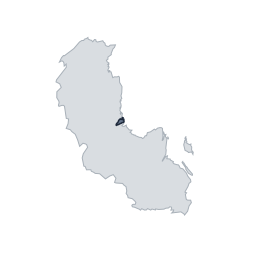 location of Härnösand, Västernorrland, Sweden, rotated 298°
{"feature_id": "70781695B20063345867362", "entity_name": "Härnösand", "entity_type": "district", "adm_level": 2, "iso_a3": "SWE", "parent_name": "Sweden", "parent_adm1": "Västernorrland", "projection": "natural_earth1", "projection_center": [17.682, 62.713], "detail": "fine", "context": "in_parent", "style": "filled", "palette": "slate", "viewbox_px": 256, "rotation_deg": 298, "n_neighbors": 0, "source": "geoboundaries", "source_scale": "gbopen_adm2", "svg_char_len": 4442}
<svg xmlns="http://www.w3.org/2000/svg" viewBox="0 0 256 256"><g transform="rotate(298 128 128)"><path d="M63.1,168.5L63.9,170.2L65.8,170.0L66.6,168.7L67.6,165.0L66.5,160.8L68.2,159.4L69.3,157.1L71.8,156.5L75.3,153.8L75.7,151.1L76.5,149.2L73.8,143.2L73.6,141.7L78.0,140.9L79.9,136.9L77.0,134.4L72.5,132.0L74.3,124.4L72.5,120.3L72.8,118.6L72.6,115.9L73.7,114.8L71.6,111.0L73.9,108.3L73.6,106.9L80.1,101.6L84.3,100.6L92.0,101.4L93.9,99.3L94.0,98.1L93.4,95.4L89.1,93.9L93.9,89.1L97.7,84.4L98.5,79.9L99.4,78.0L98.6,73.6L103.6,73.1L108.1,71.3L107.5,69.0L117.4,61.7L117.7,60.4L117.0,59.1L114.7,56.9L115.4,55.9L118.0,55.3L119.3,54.3L121.3,50.9L126.6,48.2L132.5,50.0L135.0,46.9L134.9,42.8L137.0,42.3L152.7,45.0L155.4,43.4L152.7,42.6L155.3,40.9L156.1,39.9L156.3,38.7L156.2,38.0L154.0,36.5L159.0,36.3L161.7,37.0L161.9,37.9L172.7,42.9L181.2,44.8L183.6,46.2L184.5,47.8L185.9,47.8L187.5,49.3L189.1,50.1L187.8,51.1L187.9,53.4L188.3,54.5L187.6,56.4L190.4,56.9L190.8,58.1L189.4,59.3L189.6,60.7L193.2,64.8L192.3,66.2L192.1,67.8L190.5,69.1L190.3,70.4L190.6,72.0L191.2,72.8L192.8,73.4L195.5,77.9L192.8,78.2L190.8,77.6L186.0,78.1L184.9,78.8L181.2,77.0L179.2,78.0L177.7,77.1L176.6,78.6L176.4,80.6L174.7,80.4L175.3,81.2L173.0,81.4L172.8,81.7L173.3,82.2L172.6,82.8L169.5,83.0L169.1,83.7L170.0,84.5L170.0,85.0L167.9,84.2L169.3,85.7L169.6,86.7L165.3,90.9L166.8,92.0L168.0,94.4L169.3,95.5L168.8,96.6L164.3,99.2L161.7,103.3L156.1,106.0L153.1,106.7L151.1,108.7L148.9,108.1L148.8,109.2L147.4,108.5L146.2,110.2L144.1,111.7L141.8,111.4L141.6,111.7L142.3,112.1L139.7,112.5L138.9,114.0L137.0,114.4L136.7,114.9L138.6,115.0L138.2,116.2L136.0,116.9L135.2,117.7L134.2,117.6L134.4,117.0L132.9,117.1L132.5,116.4L132.2,116.5L133.2,118.6L132.4,119.4L133.8,120.2L129.8,122.2L127.3,121.4L127.0,122.0L127.5,123.7L129.7,125.1L128.4,126.0L126.9,130.0L127.9,132.5L125.1,131.9L125.3,132.8L124.4,133.9L124.7,135.5L124.5,136.5L125.1,137.5L124.7,137.9L125.1,142.4L125.9,144.2L125.6,145.8L126.8,146.6L129.2,146.8L129.9,148.0L133.0,147.3L135.2,149.7L139.4,151.8L139.2,153.2L141.8,154.2L143.4,156.1L144.0,157.6L143.8,158.6L139.7,161.2L136.5,163.0L133.2,164.0L133.3,164.4L134.9,164.6L138.9,163.4L140.1,164.5L137.9,165.0L137.5,166.5L136.6,167.5L127.8,170.9L126.6,172.0L122.6,173.7L115.6,173.6L114.5,173.9L120.6,174.7L122.0,175.9L119.1,176.7L120.4,179.8L119.6,180.5L119.6,183.9L118.5,183.9L118.0,185.3L118.6,188.7L119.1,189.6L118.8,190.6L117.1,192.9L117.7,195.6L115.7,200.6L113.5,203.5L111.8,207.4L110.0,208.8L107.8,207.9L104.5,208.4L98.6,208.3L97.9,208.7L98.3,210.1L96.2,209.9L92.4,212.9L92.2,214.3L93.7,217.2L91.8,219.0L87.8,218.5L82.5,219.7L77.7,218.8L78.4,217.8L78.8,214.1L73.5,206.5L76.1,207.2L77.1,206.8L75.6,204.4L77.8,204.2L78.5,203.3L78.1,201.9L76.4,201.3L74.9,199.0L73.3,197.9L70.5,193.4L69.5,190.4L68.5,190.7L67.7,187.2L66.2,186.6L66.0,183.1L64.3,182.7L63.3,181.1L63.2,178.0L61.3,177.6L61.6,176.2L61.1,170.8L60.5,169.1L61.1,167.9L62.2,167.8L63.1,168.5ZM145.1,185.0L144.2,185.3L143.7,186.3L142.3,186.8L142.1,189.9L143.4,191.1L142.0,191.6L141.1,193.2L138.7,194.3L137.8,195.4L137.3,196.9L135.2,197.7L136.7,195.4L134.7,192.8L135.2,191.9L135.0,188.9L139.3,185.1L141.3,184.6L142.2,185.0L142.6,184.1L143.2,183.9L145.1,185.0ZM117.6,206.5L116.6,207.1L116.2,206.2L116.4,202.6L118.8,198.3L119.8,197.9L122.8,192.2L123.1,191.8L124.1,192.1L123.3,192.7L123.4,193.7L121.5,196.8L121.0,198.8L120.4,199.3L117.6,206.5ZM146.0,183.8L145.8,184.7L144.7,184.0L145.7,183.0L147.9,183.2L146.0,183.8ZM140.9,161.6L139.6,163.0L139.3,162.4L139.6,161.8L140.9,161.6ZM138.0,168.6L137.3,168.6L137.8,167.7L138.7,167.5L138.0,168.6Z" fill="#d9dde1" stroke="#a8b0b8" stroke-width="1"/><path d="M126.7,115.9L125.9,115.9L125.4,116.0L125.0,116.2L124.9,116.5L125.4,116.8L125.9,117.2L125.9,117.4L126.2,117.6L126.5,117.9L127.2,118.4L128.1,119.0L128.6,119.4L129.1,119.9L129.7,120.1L130.0,120.3L130.2,120.6L130.7,121.1L130.9,121.3L131.1,121.5L131.5,121.5L131.8,121.4L132.3,121.2L132.6,120.7L133.0,120.5L133.4,120.4L133.6,120.2L133.8,120.0L133.8,119.8L133.4,119.6L133.2,119.5L133.0,119.4L132.8,119.1L132.9,118.6L132.7,118.3L132.6,118.0L132.3,117.8L132.2,117.5L132.1,117.1L132.3,117.0L132.1,116.8L131.7,116.6L131.4,116.5L131.0,116.4L130.8,116.3L130.4,116.2L129.7,116.3L129.1,116.4L128.5,116.4L128.1,116.4L127.8,116.3L127.4,116.1L127.0,116.1L126.8,116.0L126.7,115.9L126.7,115.9ZM133.7,118.3L133.6,118.6L133.7,118.9L134.2,118.9L134.7,118.8L134.6,118.3L134.1,118.2L133.7,118.3Z" fill="#64748b" stroke="#1e293b" stroke-width="1.5"/></g></svg>